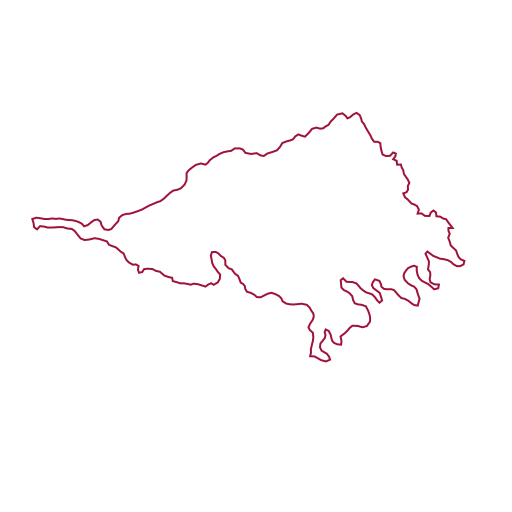 outline of Inimutaba, Minas Gerais, Brazil, rotated 66°
{"feature_id": "56859067B29912856835593", "entity_name": "Inimutaba", "entity_type": "district", "adm_level": 2, "iso_a3": "BRA", "parent_name": "Brazil", "parent_adm1": "Minas Gerais", "projection": "mercator", "projection_center": [-44.274, -18.774], "detail": "fine", "context": "isolated", "style": "outline", "palette": "rose", "viewbox_px": 512, "rotation_deg": 66, "n_neighbors": 0, "source": "geoboundaries", "source_scale": "gbopen_adm2", "svg_char_len": 5065}
<svg xmlns="http://www.w3.org/2000/svg" viewBox="0 0 512 512"><g transform="rotate(66 256 256)"><path d="M369.6,247.3L371.6,243.3L374.6,241.1L377.7,238.8L380.8,234.9L380.8,230.5L377.8,230.2L374.1,231.0L371.4,233.0L369.1,234.6L365.4,234.7L362.1,232.7L360.5,229.4L359.0,226.6L356.6,224.7L353.4,224.2L351.5,222.2L354.0,220.1L358.4,219.8L361.7,220.5L364.5,220.9L367.2,220.0L369.8,217.6L371.6,214.3L368.5,212.5L363.9,211.5L362.7,206.5L361.5,203.1L359.9,199.9L358.9,196.3L361.2,191.6L364.4,187.7L365.1,183.3L362.3,178.5L358.7,176.8L355.6,176.1L351.7,175.8L346.6,176.1L343.6,179.3L341.6,182.6L339.4,185.0L335.7,185.2L331.8,184.4L327.7,185.8L325.2,187.6L322.9,189.6L319.7,190.8L316.1,189.6L312.6,188.5L311.8,185.5L316.4,183.8L319.0,178.5L321.9,175.4L325.0,174.4L328.2,173.5L331.7,171.7L334.0,170.2L336.2,167.7L338.3,165.5L342.1,164.1L345.7,163.4L348.9,162.2L347.9,158.9L343.6,158.3L340.1,158.0L336.7,159.8L333.0,161.9L329.8,162.0L327.7,160.2L325.7,156.9L328.9,153.4L332.5,153.3L335.2,153.9L338.1,152.5L339.9,149.4L341.2,146.2L343.1,143.9L346.1,142.9L349.3,142.0L353.4,140.4L355.7,137.5L358.9,135.0L362.5,133.2L365.2,131.4L367.1,128.4L363.9,125.9L361.7,124.0L358.9,123.8L355.5,123.5L351.8,122.9L348.3,124.0L346.3,125.9L343.0,128.2L338.1,129.9L334.2,129.3L332.0,127.6L330.1,124.5L328.9,121.8L328.8,118.7L329.2,115.5L331.3,113.5L334.6,115.1L338.7,116.0L342.5,116.0L346.1,114.6L349.3,112.1L351.6,110.2L354.9,108.5L358.9,106.8L359.6,102.7L356.5,100.5L354.4,104.6L351.0,107.3L347.9,106.8L344.6,104.6L341.5,103.5L338.1,104.3L334.4,101.8L331.3,100.2L327.7,100.2L322.8,100.2L321.6,97.6L325.0,95.7L327.9,94.1L330.5,91.6L333.3,89.0L335.1,86.0L337.8,82.5L340.9,80.2L344.0,78.9L347.0,76.6L348.3,73.6L348.1,69.8L345.2,67.6L342.5,70.2L339.4,71.4L335.7,71.3L332.3,71.0L328.8,72.5L325.5,73.8L321.9,73.2L317.5,73.0L314.5,70.0L311.2,69.9L308.7,68.8L310.4,65.0L306.6,65.9L303.4,66.7L299.7,67.4L298.0,69.7L295.0,71.7L293.1,75.0L289.4,73.9L286.6,75.4L287.4,78.6L290.0,81.3L288.1,85.3L284.4,87.5L283.0,91.1L279.8,88.3L275.8,88.6L273.4,90.4L271.3,92.6L266.3,94.3L262.9,96.0L258.7,96.0L259.0,92.6L257.2,90.1L253.9,88.9L251.5,86.1L247.3,86.3L244.6,86.9L241.3,87.5L237.5,86.6L234.4,86.9L231.4,86.4L230.0,89.9L226.2,88.8L223.4,91.3L221.7,88.2L219.3,86.6L217.2,88.6L219.0,92.9L217.5,96.6L214.8,99.1L210.4,98.5L206.7,97.7L203.5,96.5L201.2,98.3L199.7,101.6L196.1,102.4L192.4,102.4L187.8,103.0L183.4,103.5L178.9,103.7L176.3,104.6L173.0,104.0L169.3,104.0L166.1,106.0L166.3,109.8L167.5,113.7L167.4,116.5L164.5,117.1L160.8,119.0L159.8,124.5L162.1,129.2L163.5,132.9L165.7,136.5L166.0,140.0L166.7,142.8L165.7,145.7L163.3,148.6L162.6,153.0L164.5,156.7L165.7,159.5L166.9,162.7L164.8,165.2L162.1,168.0L162.7,171.4L164.5,174.9L164.3,178.0L163.7,181.4L163.5,186.0L166.0,189.5L168.0,193.8L167.6,198.9L167.0,204.2L167.8,208.1L166.1,210.8L162.3,213.6L160.8,219.0L157.5,223.7L153.4,224.7L151.2,226.9L149.1,231.6L149.8,236.0L148.8,239.6L148.0,243.2L147.9,247.9L148.4,251.0L148.6,255.1L149.7,259.3L151.3,262.2L152.0,265.0L149.1,268.6L148.3,273.8L149.2,278.5L150.4,282.9L152.2,285.8L155.3,287.1L158.7,288.8L161.7,292.1L163.6,297.1L163.5,300.9L162.6,305.0L163.3,308.7L164.7,312.9L166.3,317.4L167.0,321.3L166.6,324.6L166.6,327.8L166.5,333.0L166.9,338.0L167.2,341.3L166.9,346.4L166.5,350.7L166.0,354.1L164.9,357.0L164.2,361.4L165.4,365.5L168.2,367.7L169.4,370.6L170.8,373.7L172.5,377.1L172.2,380.2L170.0,383.6L165.6,384.6L161.4,384.1L158.3,385.8L157.4,389.1L158.1,392.6L159.3,397.0L159.0,400.9L155.6,402.0L152.8,404.2L150.5,406.7L148.5,409.4L147.2,412.0L145.7,414.7L143.5,417.7L141.7,420.5L140.8,423.5L138.6,427.4L137.9,430.4L136.1,434.3L133.9,437.5L131.7,441.0L131.2,445.3L135.4,445.8L139.3,447.0L142.6,445.2L140.9,441.2L143.0,437.5L145.2,434.8L146.5,431.9L147.8,428.8L149.1,425.1L151.2,420.5L154.2,417.1L156.4,413.2L159.6,411.4L164.2,410.3L168.6,409.1L171.7,406.1L173.1,401.7L174.1,396.2L176.4,392.6L178.9,389.8L182.0,386.3L185.9,385.7L188.6,383.2L190.9,380.6L193.8,379.2L197.1,377.8L199.8,375.9L203.5,376.1L206.7,376.0L210.1,374.8L213.9,372.0L214.8,369.2L217.3,367.3L220.4,369.4L223.7,369.7L224.4,366.5L222.5,363.7L223.4,360.4L225.8,355.9L228.9,353.5L231.3,350.2L236.6,347.7L239.6,344.5L241.8,341.5L245.1,342.2L247.8,338.9L250.2,336.3L251.6,333.0L253.5,330.2L255.7,327.2L255.9,324.3L258.0,320.7L261.1,317.2L263.4,314.5L262.6,311.2L262.7,308.0L265.1,306.4L264.6,301.7L262.2,298.4L258.4,296.3L254.8,297.4L251.9,297.9L247.9,298.9L244.2,298.8L240.9,297.9L237.2,297.1L234.5,294.6L235.9,291.2L238.1,289.4L241.5,288.2L244.6,286.1L247.5,285.8L251.6,287.6L256.0,286.0L258.4,283.5L261.1,283.0L264.1,282.2L266.7,280.5L270.3,280.5L274.1,280.8L276.4,279.1L279.0,278.5L281.7,279.2L285.0,278.8L287.8,275.5L290.8,273.3L293.9,271.9L295.6,268.6L295.4,264.5L295.2,260.6L295.9,256.8L298.8,253.7L302.0,251.2L304.9,250.1L308.3,250.1L311.8,247.7L313.9,244.7L315.6,241.3L316.8,237.9L318.1,233.8L321.3,229.4L324.9,228.0L328.4,227.7L332.0,227.0L335.1,228.0L337.5,230.3L339.7,233.9L342.5,237.1L345.6,236.9L349.2,235.3L353.4,236.6L356.6,238.5L360.2,241.3L363.5,243.8L366.7,245.1L369.6,247.3Z" fill="none" stroke="#9f1239" stroke-width="2"/></g></svg>